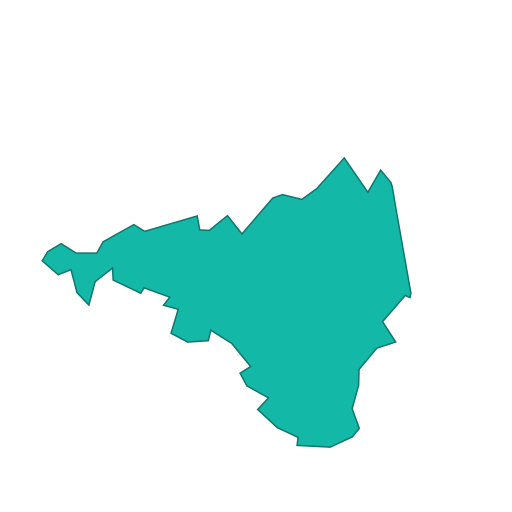 Loudon, Tennessee, United States of America (Robinson projection), rotated 32°
{"feature_id": "52423323B37878033921945", "entity_name": "Loudon", "entity_type": "district", "adm_level": 2, "iso_a3": "USA", "parent_name": "United States of America", "parent_adm1": "Tennessee", "projection": "robinson", "projection_center": [-84.348, 35.756], "detail": "fine", "context": "isolated", "style": "filled", "palette": "teal", "viewbox_px": 512, "rotation_deg": 32, "n_neighbors": 0, "source": "geoboundaries", "source_scale": "gbopen_adm2", "svg_char_len": 910}
<svg xmlns="http://www.w3.org/2000/svg" viewBox="0 0 512 512"><g transform="rotate(32 256 256)"><path d="M331.6,122.3L316.2,117.1L317.1,142.7L278.9,126.1L271.8,166.7L264.9,183.7L246.0,189.9L239.5,197.9L232.4,244.7L210.4,236.9L202.8,259.0L194.5,263.7L184.9,253.2L148.5,294.1L135.8,294.1L118.8,324.9L119.5,337.9L101.8,348.9L84.2,348.8L77.1,362.6L77.2,373.4L98.2,376.7L106.3,365.6L123.6,381.9L140.3,386.2L133.2,363.0L140.7,342.2L147.6,352.1L178.0,348.7L178.0,342.3L204.7,336.6L203.7,346.8L218.3,342.4L224.9,366.6L243.7,365.2L260.4,353.1L257.0,342.9L281.7,343.0L310.0,352.6L304.6,363.8L317.1,371.0L341.7,369.7L338.8,385.3L365.0,390.3L387.8,387.5L391.2,394.9L420.3,378.7L433.6,358.2L434.9,347.4L418.5,334.6L411.6,311.4L403.5,297.6L407.3,270.1L420.0,254.9L398.1,244.6L403.5,210.3L408.6,209.7L407.1,205.5L385.5,181.5L349.5,141.6L335.1,125.3L331.6,122.3Z" fill="#14b8a6" stroke="#0f766e" stroke-width="1.5"/></g></svg>